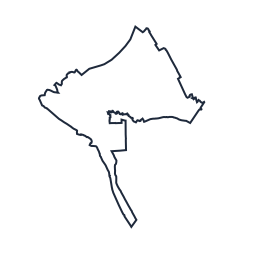 Maruntei, Olt, Romania (orthographic projection), rotated 77°
{"feature_id": "2599482B42187195394507", "entity_name": "Maruntei", "entity_type": "district", "adm_level": 2, "iso_a3": "ROU", "parent_name": "Romania", "parent_adm1": "Olt", "projection": "orthographic", "projection_center": [24.493, 44.238], "detail": "fine", "context": "isolated", "style": "outline", "palette": "slate", "viewbox_px": 256, "rotation_deg": 77, "n_neighbors": 0, "source": "geoboundaries", "source_scale": "gbopen_adm2", "svg_char_len": 5668}
<svg xmlns="http://www.w3.org/2000/svg" viewBox="0 0 256 256"><g transform="rotate(77 128 128)"><path d="M225.1,147.0L219.4,140.5L217.2,141.2L215.9,141.5L211.1,142.9L209.4,143.1L208.7,143.5L206.0,144.3L203.8,145.0L199.1,146.3L196.8,147.0L194.3,147.6L189.1,149.1L187.7,149.3L185.9,150.1L182.7,151.1L180.3,151.6L178.8,151.8L178.3,151.7L174.7,150.8L172.8,150.4L172.2,150.4L171.4,150.8L170.8,150.9L169.6,151.0L166.3,150.1L165.2,150.0L163.8,149.7L163.0,149.6L162.0,149.3L161.0,148.9L160.4,148.0L160.0,147.7L159.0,147.2L157.2,146.6L156.2,146.8L154.8,147.3L154.6,147.3L153.4,147.7L152.1,147.9L151.6,147.9L146.9,149.2L148.3,140.8L149.1,134.9L139.9,133.0L138.3,132.6L137.9,132.4L137.5,132.4L133.7,131.7L120.3,128.7L120.2,129.1L118.4,132.4L121.6,133.1L121.2,135.5L121.0,136.2L120.8,137.5L120.5,138.8L120.5,139.0L120.2,139.3L120.2,139.8L119.6,142.4L119.2,144.7L117.3,144.5L116.0,144.2L115.8,143.9L113.8,143.5L113.8,142.8L113.7,142.7L111.5,142.3L111.4,142.7L111.4,142.8L110.0,143.2L109.9,144.1L108.2,144.2L108.4,143.8L108.2,143.0L107.8,142.8L107.4,142.7L107.5,142.4L107.6,141.9L107.9,141.8L108.0,141.4L108.2,141.2L108.3,141.2L108.6,141.4L108.8,141.3L109.0,141.2L109.0,140.4L108.6,140.0L108.2,139.8L107.8,139.5L107.7,139.4L107.8,139.0L107.9,138.9L108.4,138.8L108.6,139.0L108.8,139.2L109.0,139.0L109.2,138.5L109.8,137.8L110.1,137.3L110.5,137.0L111.3,136.8L111.4,136.6L111.5,136.3L111.3,136.0L110.8,135.6L110.3,135.3L109.8,135.2L109.7,135.1L109.7,134.7L109.9,134.7L110.5,134.8L110.7,134.7L109.9,134.1L109.9,133.8L110.8,133.3L111.3,133.0L111.8,132.9L112.2,133.0L112.5,132.9L112.8,132.4L113.0,131.9L112.7,130.7L112.3,130.2L112.5,129.9L112.8,129.9L113.3,130.2L113.4,130.5L113.8,130.4L114.0,130.1L113.9,129.8L113.6,129.4L113.6,129.2L113.9,128.4L113.9,127.7L114.0,127.1L114.2,126.9L114.3,126.5L113.9,126.4L113.7,125.4L113.9,125.3L114.8,125.3L115.1,125.2L115.3,124.9L115.3,124.6L115.5,124.5L115.8,124.5L116.1,124.8L116.4,124.7L117.8,123.2L118.4,123.1L118.6,122.9L118.8,122.5L119.2,121.3L119.7,121.2L120.2,121.8L120.4,121.8L121.2,121.7L122.6,121.1L123.1,120.7L123.9,119.4L124.2,119.2L124.3,119.0L124.1,118.8L122.7,117.3L122.6,117.1L123.0,116.2L123.3,116.0L123.5,115.5L123.9,115.1L123.9,114.4L123.8,114.2L123.5,114.2L123.2,114.0L123.2,113.7L122.9,113.4L122.6,112.8L122.5,112.6L122.4,112.0L122.2,111.7L123.5,111.2L125.6,110.9L125.5,110.1L125.2,108.4L124.4,104.3L124.5,102.3L124.7,100.8L125.0,99.4L125.0,98.7L125.2,98.0L125.4,95.9L125.3,91.8L125.4,90.4L125.8,89.3L126.0,88.4L125.9,88.3L126.0,87.7L126.5,86.8L126.5,85.3L127.1,82.7L127.5,81.7L128.1,80.9L128.4,80.1L129.1,79.0L129.8,77.8L131.0,76.6L132.1,74.9L132.7,73.6L133.3,72.0L133.9,70.5L134.1,69.7L137.1,66.3L127.3,55.8L126.2,54.5L126.1,54.3L126.0,54.1L126.4,52.9L126.5,52.6L126.4,52.3L126.3,52.2L126.1,52.2L125.1,52.8L124.9,52.8L124.6,52.7L120.0,47.9L119.7,48.0L120.0,48.6L120.1,49.2L120.0,50.0L119.9,50.4L118.9,51.3L118.5,51.6L118.0,51.7L117.5,52.0L116.9,52.8L116.6,53.0L117.8,54.5L118.8,54.0L118.7,54.1L117.9,54.6L118.2,55.0L117.0,55.1L115.0,55.2L114.0,55.1L113.5,55.2L113.6,55.5L114.2,55.8L114.2,56.1L113.9,56.1L113.7,56.3L114.1,56.6L113.8,56.8L113.7,57.1L113.9,57.6L114.2,57.8L113.7,58.0L113.6,58.4L113.3,58.8L112.8,58.0L109.5,58.2L109.5,59.4L109.7,60.1L110.4,60.8L110.9,60.8L111.4,60.8L111.9,63.2L111.7,63.4L111.0,64.0L107.8,64.8L91.3,68.2L90.3,65.3L89.7,65.5L89.3,65.7L89.2,65.5L84.4,66.9L83.5,67.2L82.8,67.2L82.0,67.3L71.3,70.4L63.6,72.3L61.0,73.1L60.4,73.6L59.5,73.7L59.2,73.9L58.9,74.2L58.2,75.3L59.4,80.2L53.2,82.6L52.5,81.2L42.7,84.6L42.2,84.7L39.3,85.7L39.1,85.2L38.9,85.1L37.3,85.8L36.9,86.0L36.6,85.9L36.3,86.0L35.5,86.4L35.4,86.5L35.0,87.6L35.6,88.1L36.0,88.8L37.4,90.7L38.0,92.1L30.9,98.0L42.2,105.8L47.6,112.1L52.7,119.6L57.8,128.6L60.5,136.7L60.9,140.5L61.6,152.4L65.9,161.3L62.6,163.4L61.5,164.3L59.9,164.8L59.6,165.1L59.6,165.3L59.9,165.8L60.2,166.1L60.8,166.5L61.1,166.9L61.6,167.2L61.8,167.5L61.8,168.0L61.0,169.2L60.7,170.0L60.6,170.7L60.6,172.0L60.8,171.9L61.0,172.3L61.1,173.1L61.4,173.9L61.3,174.1L61.5,174.4L61.8,174.9L62.3,175.6L62.6,175.8L63.2,176.0L63.5,176.1L64.2,176.0L64.6,176.1L64.9,176.2L65.1,177.3L65.3,177.7L65.8,179.2L66.8,181.0L67.2,181.6L67.6,181.9L68.2,182.1L69.2,182.4L70.1,182.5L71.1,183.5L71.3,183.7L70.2,185.4L69.2,186.3L67.9,187.5L68.0,187.8L69.6,190.0L70.2,189.3L70.6,189.1L74.6,188.4L76.8,188.5L77.3,188.4L77.9,188.1L77.7,188.9L77.2,189.8L76.7,191.4L76.2,192.4L74.3,194.7L73.3,196.1L72.9,197.1L72.6,197.9L72.7,198.4L74.7,200.5L75.4,201.0L77.3,201.8L76.8,205.0L76.9,205.7L77.2,206.6L77.9,207.1L78.3,207.6L79.1,208.1L79.7,208.1L80.3,207.8L86.7,206.6L87.2,205.9L87.5,205.5L88.0,205.1L89.3,204.5L90.0,203.4L90.4,202.9L90.6,202.8L90.6,202.6L103.6,193.2L105.5,191.3L108.1,188.9L110.3,186.6L113.0,184.1L114.1,183.0L114.3,183.0L116.4,181.2L118.1,179.1L118.9,178.3L119.2,178.2L120.4,178.7L122.3,179.0L123.2,177.6L124.1,175.8L124.2,175.3L124.2,175.0L124.2,174.7L123.9,174.7L124.9,172.8L125.6,172.3L125.9,171.6L126.2,171.3L127.5,170.3L127.7,170.0L127.6,169.6L127.7,169.3L129.4,167.7L130.6,166.7L131.5,166.4L132.8,166.3L134.0,166.8L134.3,167.0L134.4,167.5L134.3,167.8L134.5,168.1L136.0,169.2L136.7,168.5L137.4,167.3L137.5,166.6L138.4,163.8L138.7,163.2L139.1,162.9L140.3,162.5L142.2,162.2L144.0,161.7L145.7,161.5L146.3,161.5L146.6,161.3L147.9,161.5L149.0,161.5L150.2,160.9L150.7,160.9L154.2,160.2L158.7,158.4L159.7,158.1L164.3,157.2L165.8,156.7L166.7,156.5L168.6,156.6L169.7,156.8L170.0,156.8L170.4,156.4L171.1,156.9L171.8,156.7L172.9,156.5L180.8,157.0L182.1,157.1L184.0,157.1L184.4,157.2L186.1,157.0L187.7,156.9L201.1,154.3L208.7,152.6L210.9,152.0L211.4,151.8L211.8,151.3L211.9,151.2L212.3,151.1L212.9,151.3L213.6,151.2L223.2,147.6L225.1,147.0Z" fill="none" stroke="#1e293b" stroke-width="2"/></g></svg>